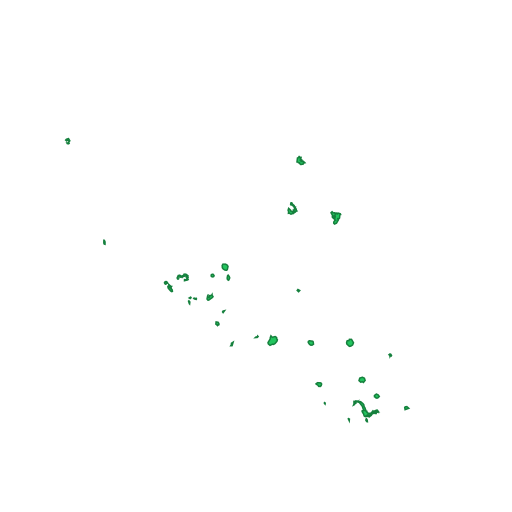 Lau, Eastern, Fiji, rotated 136°
{"feature_id": "14151628B80423492752803", "entity_name": "Lau", "entity_type": "district", "adm_level": 2, "iso_a3": "FJI", "parent_name": "Fiji", "parent_adm1": "Eastern", "projection": "natural_earth1", "projection_center": [-179.094, -18.709], "detail": "fine", "context": "isolated", "style": "filled", "palette": "green", "viewbox_px": 512, "rotation_deg": 136, "n_neighbors": 0, "source": "geoboundaries", "source_scale": "gbopen_adm2", "svg_char_len": 6053}
<svg xmlns="http://www.w3.org/2000/svg" viewBox="0 0 512 512"><g transform="rotate(136 256 256)"><path d="M277.0,59.2L276.8,59.7L277.1,60.1L277.1,59.6L277.9,60.2L278.4,60.2L278.5,61.2L279.3,61.3L279.4,63.4L282.2,63.0L283.6,63.9L284.4,64.8L284.8,66.2L284.8,66.8L284.1,67.2L285.0,69.0L284.5,69.3L284.1,68.9L283.0,71.4L282.8,72.7L281.8,74.0L281.6,75.5L281.9,78.4L282.2,78.9L282.8,78.9L283.3,80.2L283.9,74.2L285.8,70.2L286.2,70.1L287.1,70.9L287.5,70.7L288.2,69.0L288.0,68.4L289.3,65.8L289.0,64.5L288.1,64.6L287.9,63.6L287.0,63.0L286.2,61.5L285.5,61.6L285.6,63.2L286.2,64.2L285.6,64.1L285.3,62.0L284.9,61.5L284.5,61.7L284.6,63.3L284.5,62.5L283.9,62.5L283.7,61.3L282.3,61.7L280.6,61.1L281.3,61.6L280.8,61.6L280.9,62.3L280.5,62.3L279.8,60.0L279.0,59.2L278.2,59.9L277.0,59.2ZM304.8,180.2L303.1,179.8L300.2,180.1L298.8,180.9L298.7,182.2L298.0,182.6L297.9,184.0L298.2,184.8L300.8,186.2L300.7,188.2L302.4,187.4L303.4,186.5L307.5,185.4L308.2,184.3L308.0,182.0L305.4,181.1L304.8,180.2ZM177.3,224.4L175.3,223.7L171.8,224.7L171.3,225.1L171.5,225.9L171.2,226.1L170.5,225.2L169.5,225.3L167.4,227.1L166.7,227.4L166.3,227.1L166.0,227.8L167.1,229.8L168.1,229.7L168.1,230.4L168.8,230.6L168.5,230.9L169.0,231.0L169.1,231.5L170.1,231.0L169.3,232.4L170.5,233.3L170.5,235.0L172.0,235.0L172.8,231.8L173.4,231.7L174.2,230.7L174.1,229.3L172.9,229.9L172.1,230.7L171.5,230.4L171.8,230.0L171.2,230.0L171.2,229.5L174.0,227.8L173.9,226.5L174.8,226.8L176.5,226.4L177.3,225.6L177.3,224.4ZM248.3,124.9L246.1,125.9L245.2,129.7L246.7,131.2L248.0,130.6L249.2,131.7L249.6,131.6L251.1,130.7L251.8,129.6L251.7,126.8L251.5,126.0L250.4,125.3L248.3,124.9ZM196.1,260.4L195.3,260.0L195.2,261.1L194.5,261.7L194.4,263.3L193.6,263.8L194.2,264.6L193.5,265.7L193.7,268.0L193.3,269.4L193.8,270.0L194.6,269.6L194.9,268.9L196.0,268.8L195.3,268.6L194.9,268.0L194.4,265.6L195.0,263.8L196.1,262.5L197.1,263.1L197.4,262.4L199.0,262.4L198.8,262.7L199.8,264.2L199.3,265.0L199.4,267.6L201.1,266.7L201.8,265.2L203.0,264.2L202.2,263.7L201.9,262.0L201.3,261.5L200.2,261.1L199.9,261.5L199.7,261.0L199.3,261.5L199.1,261.0L198.8,261.3L198.6,260.6L198.0,260.5L197.3,261.1L197.1,260.3L196.1,260.4ZM158.5,289.6L158.3,288.8L158.2,289.6L157.0,289.5L156.9,290.1L156.5,289.7L156.6,290.4L156.1,290.0L156.3,291.8L157.3,292.3L156.8,292.8L157.7,292.9L157.8,294.0L157.4,294.3L157.0,293.3L156.5,293.4L156.3,294.9L155.1,295.6L155.7,296.1L155.7,296.9L156.2,296.6L156.3,297.5L156.9,297.2L158.1,297.7L161.2,295.2L160.7,294.6L160.7,293.5L159.9,292.8L160.4,292.0L160.2,290.6L158.5,289.6ZM287.0,266.1L286.0,266.2L283.4,267.9L283.0,269.3L283.5,271.2L285.4,273.1L286.9,272.7L288.4,270.9L288.6,269.4L288.1,267.4L287.0,266.1ZM266.2,96.1L268.5,94.8L268.3,92.4L266.9,91.8L266.6,90.4L263.9,90.7L262.9,92.8L263.7,94.9L266.2,96.1ZM321.7,286.2L321.0,286.3L321.0,287.3L319.6,287.8L319.2,288.9L318.7,289.0L318.9,291.1L319.3,291.9L320.3,292.9L321.3,292.5L323.5,293.0L324.2,295.2L325.5,296.0L328.0,295.0L328.4,293.9L328.0,293.4L327.6,293.4L327.9,294.1L327.5,294.8L326.3,294.8L324.9,293.1L324.2,293.0L324.1,291.9L323.3,292.0L320.5,290.7L320.1,289.5L320.8,289.3L320.5,288.3L320.8,288.0L322.7,287.4L323.8,288.7L324.6,287.9L321.7,286.2ZM277.6,152.9L275.9,152.6L274.5,154.5L274.4,155.3L276.5,158.0L277.7,158.2L278.5,157.5L278.9,155.2L278.5,153.7L277.6,152.9ZM315.9,256.4L315.0,256.8L315.1,257.9L314.4,258.8L315.1,258.6L317.0,259.6L317.2,260.2L317.7,258.9L318.7,258.7L319.1,259.5L318.8,260.7L321.1,259.1L321.3,257.7L320.7,257.1L315.9,256.4ZM299.3,117.4L297.7,118.3L297.5,119.7L299.7,122.1L301.6,122.4L302.0,121.7L301.7,121.9L301.2,120.0L301.5,118.7L300.4,117.5L299.7,117.7L299.3,117.4ZM340.7,288.6L339.8,289.8L339.7,292.9L339.2,291.9L338.8,292.7L337.9,292.8L338.3,293.3L338.5,296.2L339.0,295.4L338.7,294.3L339.2,293.5L339.3,294.5L340.1,293.8L340.4,294.4L339.8,295.0L340.2,295.4L340.7,295.2L341.5,293.8L341.7,290.1L341.4,288.9L340.7,288.6ZM267.1,69.3L264.9,69.3L264.6,71.2L265.3,73.1L267.7,73.4L268.6,72.4L268.2,71.4L268.3,70.3L267.1,69.3ZM292.8,257.8L292.2,257.6L290.1,258.5L289.5,259.9L289.3,261.6L290.1,261.6L291.9,260.3L292.7,259.4L292.8,257.8ZM254.2,43.8L255.5,41.9L251.9,40.3L252.1,42.9L253.4,43.8L254.2,43.8ZM331.5,233.3L330.9,232.4L330.4,232.9L329.9,232.7L329.5,233.6L329.3,234.7L330.5,236.3L332.2,234.9L332.0,232.9L331.5,233.3ZM311.2,470.3L310.7,468.9L311.3,468.0L309.9,468.2L309.3,470.7L311.3,471.7L312.4,471.6L312.3,470.3L311.2,470.3ZM300.6,270.6L299.7,271.1L299.6,272.8L300.4,273.4L301.4,273.5L302.2,272.7L302.3,272.1L301.6,270.9L300.6,270.6ZM338.9,298.5L338.5,297.9L338.2,298.2L338.1,299.6L338.5,300.2L339.2,300.6L339.5,300.1L340.3,300.4L340.6,300.0L340.8,298.7L339.8,298.2L338.9,298.5ZM354.5,373.0L356.5,371.0L356.9,370.0L356.5,369.3L354.8,371.0L354.2,372.6L354.5,373.0ZM336.5,209.0L335.5,208.1L332.3,209.9L334.3,210.3L335.1,209.4L336.5,209.0ZM289.4,81.0L288.3,80.7L287.7,81.5L286.8,80.9L286.3,81.9L285.9,81.7L286.4,81.5L286.0,81.1L285.7,81.7L285.4,81.5L285.8,82.0L285.3,82.3L286.3,83.0L285.9,82.2L286.4,82.3L286.7,83.2L288.3,81.5L289.4,81.0ZM228.3,90.1L227.6,90.3L227.3,91.8L227.7,92.5L228.9,92.6L228.8,91.6L229.4,90.7L228.9,90.9L228.3,90.1ZM250.2,200.7L248.5,200.8L249.1,202.8L250.3,202.6L250.2,200.7ZM291.4,60.0L291.0,59.4L289.9,60.8L289.6,62.2L290.1,62.3L291.1,61.5L291.4,60.0ZM284.0,79.9L283.4,80.3L283.7,80.3L283.7,81.1L285.0,82.5L285.2,82.1L284.0,79.9ZM329.2,266.3L328.6,266.5L328.4,267.2L329.2,267.5L329.7,268.7L330.2,268.8L330.2,268.0L329.2,266.3ZM335.9,270.4L337.1,268.0L337.1,267.6L335.5,268.9L335.4,270.4L335.9,270.4ZM312.2,466.8L311.9,467.7L312.9,468.1L313.5,468.7L313.7,467.9L312.9,466.9L312.2,466.8ZM318.9,239.0L319.0,238.1L316.6,238.5L318.0,239.3L318.9,239.0ZM311.6,196.5L310.4,196.6L310.4,197.3L311.0,196.9L312.4,197.8L313.2,197.8L311.6,196.5ZM302.7,74.8L303.4,72.7L302.1,73.8L302.4,74.8L302.7,74.8ZM332.9,271.1L331.7,271.1L331.6,271.8L333.2,272.2L332.9,271.1ZM276.3,60.2L276.0,59.5L275.8,60.9L276.4,61.4L276.8,60.6L276.6,59.5L276.3,60.2ZM309.2,101.5L308.4,102.1L308.5,102.9L309.0,102.8L309.2,101.8L309.2,101.5ZM279.0,62.0L277.5,61.5L277.6,61.8L278.4,62.2L279.0,62.0Z" fill="#22c55e" stroke="#15803d" stroke-width="1.5"/></g></svg>